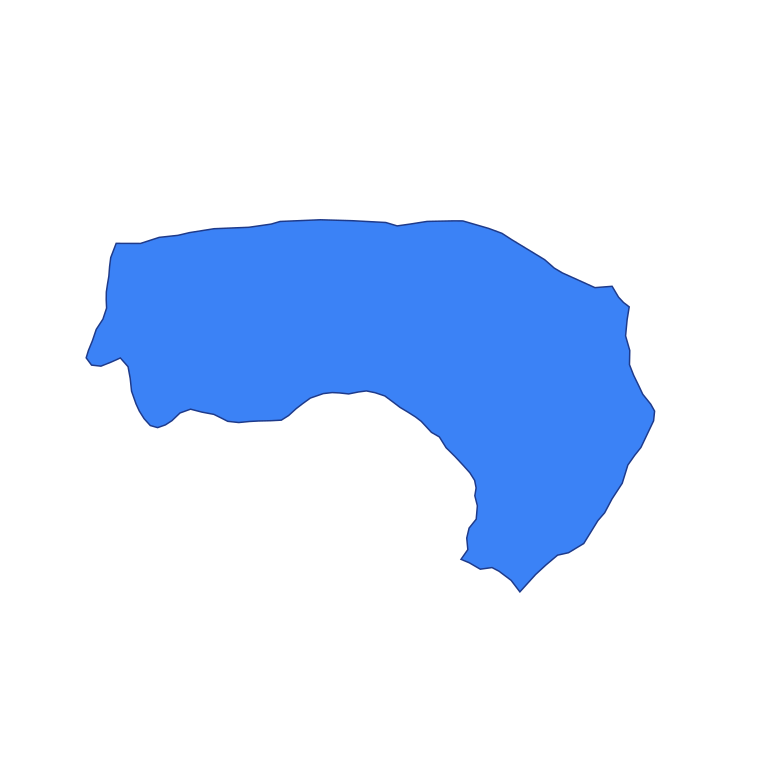 Fronteira, Minas Gerais, Brazil (Albers equal-area conic projection), rotated 243°
{"feature_id": "56859067B13167953379516", "entity_name": "Fronteira", "entity_type": "district", "adm_level": 2, "iso_a3": "BRA", "parent_name": "Brazil", "parent_adm1": "Minas Gerais", "projection": "albers", "projection_center": [-49.164, -20.219], "detail": "fine", "context": "isolated", "style": "filled", "palette": "blue", "viewbox_px": 768, "rotation_deg": 243, "n_neighbors": 0, "source": "geoboundaries", "source_scale": "gbopen_adm2", "svg_char_len": 1695}
<svg xmlns="http://www.w3.org/2000/svg" viewBox="0 0 768 768"><g transform="rotate(243 384 384)"><path d="M630.9,209.2L620.7,197.9L613.2,192.8L605.0,187.8L599.1,183.4L592.1,178.4L585.1,174.7L577.6,171.3L569.4,163.0L563.3,152.4L554.9,143.8L548.1,135.9L542.5,130.5L533.6,132.0L528.4,139.9L527.4,150.8L526.9,160.9L515.6,163.8L504.2,160.4L492.2,155.8L478.8,154.0L471.0,153.7L462.0,154.5L453.1,156.9L447.9,162.5L446.8,170.7L447.6,178.4L450.8,189.1L449.4,200.2L441.6,209.0L434.2,218.6L427.9,223.3L421.7,227.8L415.6,237.1L411.6,247.3L408.1,255.2L402.5,266.9L398.4,276.1L399.2,284.7L401.9,294.5L403.4,302.4L404.9,312.0L403.0,325.6L399.9,333.9L396.3,340.2L391.2,348.0L388.5,357.6L385.8,365.2L380.3,372.1L373.0,379.3L363.5,384.0L355.8,387.7L348.0,392.6L340.4,397.1L333.9,400.2L326.9,402.2L319.4,404.3L311.7,409.3L299.0,410.4L287.3,414.3L275.7,417.6L265.9,420.2L257.0,421.0L249.6,418.9L243.2,414.2L233.1,411.9L221.7,404.8L217.0,394.4L209.2,387.8L198.4,383.5L192.8,373.0L186.0,378.8L175.3,385.7L171.4,396.9L165.1,401.4L151.4,408.1L137.1,410.7L145.4,432.5L149.2,446.0L152.7,460.9L149.9,471.8L151.2,489.6L165.2,512.6L169.1,522.2L178.1,535.0L187.4,551.2L201.1,564.5L206.6,574.9L210.8,584.1L228.8,607.5L237.0,612.8L244.9,612.5L257.4,609.9L267.1,610.2L278.4,610.4L289.8,611.5L302.3,618.2L317.2,621.1L330.9,629.8L341.4,637.5L347.9,634.4L354.9,632.4L367.5,631.6L374.1,615.7L402.2,593.2L410.0,588.3L421.8,583.6L454.5,563.4L464.7,557.5L475.2,547.8L493.5,528.3L497.6,520.4L509.3,496.2L514.6,480.0L518.9,467.5L527.1,458.9L544.0,429.7L559.2,401.9L576.0,365.2L577.7,356.1L585.0,334.7L599.5,303.1L607.2,279.4L610.0,267.9L616.7,250.3L619.8,230.8L630.9,209.2Z" fill="#3b82f6" stroke="#1e3a8a" stroke-width="1.5"/></g></svg>